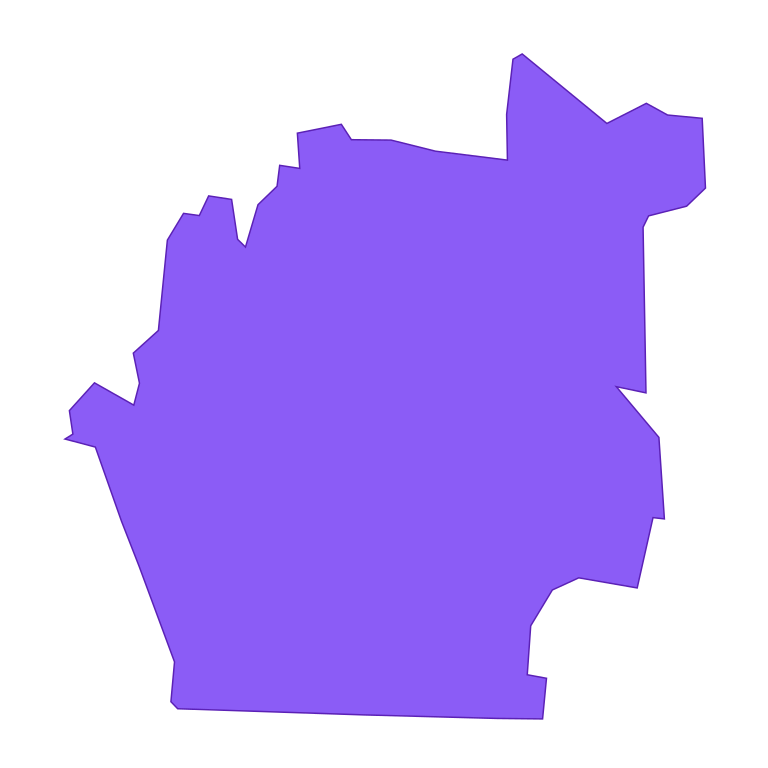 Campbell, Tennessee, United States of America (Robinson projection), rotated 181°
{"feature_id": "52423323B63395465279305", "entity_name": "Campbell", "entity_type": "district", "adm_level": 2, "iso_a3": "USA", "parent_name": "United States of America", "parent_adm1": "Tennessee", "projection": "robinson", "projection_center": [-84.138, 36.385], "detail": "fine", "context": "isolated", "style": "filled", "palette": "violet", "viewbox_px": 768, "rotation_deg": 181, "n_neighbors": 0, "source": "geoboundaries", "source_scale": "gbopen_adm2", "svg_char_len": 866}
<svg xmlns="http://www.w3.org/2000/svg" viewBox="0 0 768 768"><g transform="rotate(181 384 384)"><path d="M265.1,51.6L264.9,51.6L219.6,51.9L216.4,92.6L235.7,95.8L233.1,144.8L212.1,181.0L185.9,193.6L127.3,184.5L112.7,255.1L101.3,254.0L108.2,335.4L151.7,385.4L121.9,379.7L127.7,545.3L122.4,556.7L84.5,567.1L66.0,585.5L70.5,655.2L105.2,657.9L126.6,669.2L165.7,648.4L251.6,716.4L260.7,711.0L266.1,655.6L264.5,610.0L336.7,617.7L381.2,628.0L420.9,627.7L431.2,642.9L475.0,633.3L472.0,598.1L492.1,600.8L494.4,579.8L513.1,561.1L524.9,518.5L532.9,526.1L539.6,565.9L562.6,569.0L571.6,549.2L587.4,551.1L603.1,524.1L610.5,433.6L635.2,410.5L628.5,380.5L633.8,358.5L673.5,380.1L698.1,351.9L694.2,328.5L702.0,323.4L671.5,315.9L644.1,242.3L625.6,197.3L588.6,102.5L591.5,62.6L584.6,55.7L584.3,55.7L398.1,52.8L265.1,51.6Z" fill="#8b5cf6" stroke="#5b21b6" stroke-width="1.5"/></g></svg>